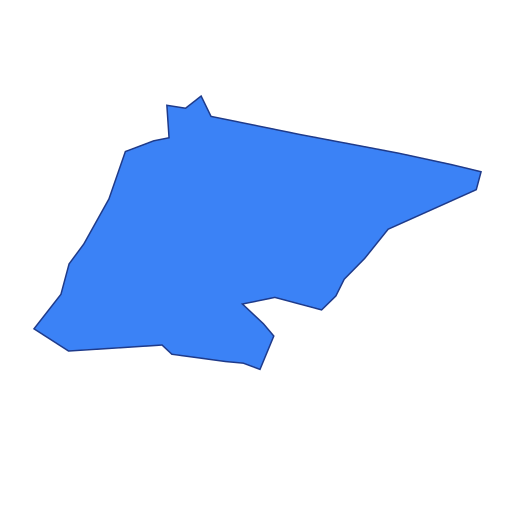 outline of Falmèy, Dosso, Niger, rotated 285°
{"feature_id": "23599985B42967903288320", "entity_name": "Falmèy", "entity_type": "district", "adm_level": 2, "iso_a3": "NER", "parent_name": "Niger", "parent_adm1": "Dosso", "projection": "mercator", "projection_center": [2.799, 12.563], "detail": "fine", "context": "isolated", "style": "filled", "palette": "blue", "viewbox_px": 512, "rotation_deg": 285, "n_neighbors": 0, "source": "geoboundaries", "source_scale": "gbopen_adm2", "svg_char_len": 573}
<svg xmlns="http://www.w3.org/2000/svg" viewBox="0 0 512 512"><g transform="rotate(285 256 256)"><path d="M146.2,254.0L149.2,271.4L147.5,289.2L183.3,293.9L192.4,280.8L206.1,255.3L220.9,284.9L220.9,333.3L238.1,343.5L256.4,347.2L281.8,361.6L316.1,376.7L377.1,451.6L395.6,451.6L394.9,422.3L392.2,366.9L384.7,266.7L379.2,176.4L396.3,161.6L380.5,149.7L378.5,130.9L347.7,141.4L340.8,127.4L323.1,102.8L273.1,99.2L223.1,86.6L200.0,77.5L168.5,77.5L128.2,60.4L115.7,99.5L145.7,188.3L139.3,200.2L145.2,246.2L146.2,254.0Z" fill="#3b82f6" stroke="#1e3a8a" stroke-width="1.5"/></g></svg>